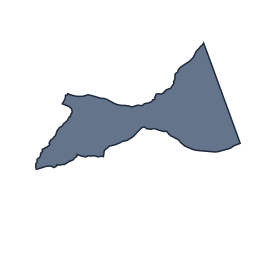 outline of Dadaab, North-Eastern, Kenya, rotated 340°
{"feature_id": "3690345B19935861804031", "entity_name": "Dadaab", "entity_type": "district", "adm_level": 2, "iso_a3": "KEN", "parent_name": "Kenya", "parent_adm1": "North-Eastern", "projection": "albers", "projection_center": [40.106, 0.062], "detail": "fine", "context": "isolated", "style": "filled", "palette": "slate", "viewbox_px": 256, "rotation_deg": 340, "n_neighbors": 0, "source": "geoboundaries", "source_scale": "gbopen_adm2", "svg_char_len": 5751}
<svg xmlns="http://www.w3.org/2000/svg" viewBox="0 0 256 256"><g transform="rotate(340 128 128)"><path d="M95.1,146.5L97.2,142.6L98.0,141.2L98.3,141.0L99.9,140.3L101.6,139.8L102.6,139.4L103.5,138.8L103.8,138.7L104.2,138.7L105.4,138.8L109.7,139.3L110.7,139.4L111.4,139.4L114.5,139.2L116.0,139.1L117.6,138.7L118.1,138.6L121.8,139.2L123.1,139.4L125.0,138.9L126.0,138.8L126.5,138.6L128.2,138.3L129.3,138.0L130.0,137.8L132.0,136.8L135.1,135.2L141.0,132.4L141.3,132.4L141.7,132.5L142.7,132.4L143.1,132.4L143.5,132.6L144.1,133.2L144.5,133.6L145.1,134.6L145.1,134.9L145.3,135.1L145.7,135.2L146.0,135.5L146.4,135.6L146.7,135.7L147.0,135.8L147.3,136.1L147.5,136.2L148.5,136.8L149.3,137.0L151.4,137.2L151.9,137.3L152.2,137.5L152.9,137.9L154.4,139.0L155.7,140.1L157.3,141.2L158.6,142.3L160.9,143.8L161.8,143.7L162.2,143.9L162.6,144.0L163.1,144.1L163.2,144.8L163.3,145.1L163.5,145.5L164.1,147.0L164.2,147.9L164.3,148.1L165.3,149.2L165.4,150.0L167.8,152.3L168.2,152.7L168.3,153.0L168.8,153.6L169.1,153.9L169.4,154.3L169.8,154.5L170.0,154.7L170.7,155.5L171.3,156.3L171.7,157.1L172.1,158.1L172.2,158.6L172.4,159.5L172.9,160.4L173.8,161.9L174.9,163.8L175.1,164.2L175.8,164.6L176.0,165.0L177.4,166.5L181.4,170.2L183.3,171.6L186.5,173.3L193.8,176.7L199.0,179.1L200.6,179.9L202.3,180.5L204.3,181.0L204.9,181.1L208.8,181.4L213.8,181.8L215.0,181.9L216.8,182.0L217.4,181.9L218.2,181.8L221.4,180.9L228.2,180.8L228.2,95.6L228.1,74.0L227.3,74.7L226.3,75.4L225.9,75.6L224.3,76.1L223.9,76.3L222.7,77.0L222.3,77.4L221.8,77.7L220.3,78.2L220.0,78.4L218.3,79.4L217.9,79.6L216.5,81.1L213.8,83.7L210.0,85.8L209.5,86.0L208.4,86.4L207.8,86.6L207.3,86.7L204.7,87.2L203.2,87.6L199.3,88.5L198.5,88.8L197.9,89.0L196.3,89.8L195.5,90.4L194.8,91.1L193.7,92.5L193.4,92.7L192.9,92.8L192.0,92.9L191.6,93.0L191.3,93.1L191.0,93.3L190.6,93.6L190.4,94.0L189.9,95.1L189.6,96.0L189.3,96.9L188.1,98.9L187.9,99.2L187.2,99.5L186.7,99.9L186.5,100.2L186.6,101.1L186.5,101.5L186.3,101.7L185.6,102.4L184.1,103.4L183.2,104.1L181.9,105.1L181.6,105.3L181.2,105.3L180.6,105.2L180.0,105.1L179.3,105.1L178.0,105.3L177.3,105.1L176.9,105.2L176.5,105.5L176.2,105.9L176.0,106.0L175.7,106.1L175.1,105.9L174.7,106.1L174.4,106.3L174.0,107.0L173.6,107.4L173.4,107.4L172.2,107.1L171.7,107.4L171.4,107.4L170.8,107.4L170.5,107.3L170.1,107.2L169.5,106.8L169.1,106.7L168.6,106.5L168.3,106.3L167.5,106.0L167.1,105.8L166.7,105.8L166.3,105.9L165.8,106.1L165.2,106.5L164.9,107.0L164.8,107.3L164.6,107.7L164.4,107.9L163.9,108.2L163.7,108.4L163.3,109.6L163.1,110.0L162.9,110.3L162.7,110.4L162.5,110.5L162.2,110.4L161.7,110.0L161.4,109.9L161.0,110.0L160.8,110.1L159.7,111.0L159.4,111.2L158.6,111.4L156.6,111.4L156.2,111.5L155.5,111.5L155.0,111.4L153.0,110.9L152.0,110.8L151.0,111.0L150.4,111.3L149.6,111.6L149.2,111.7L148.8,111.7L148.3,111.6L148.0,111.5L147.0,110.9L146.5,110.6L146.1,110.3L145.4,110.0L143.8,109.8L143.2,109.7L141.9,109.7L139.6,109.7L139.3,109.6L138.8,109.4L138.0,108.9L136.3,107.6L135.0,106.9L132.5,105.6L131.0,105.1L129.6,104.5L128.1,103.7L126.4,102.6L125.6,102.0L124.0,100.7L123.0,99.7L121.7,98.1L121.0,97.3L119.0,95.0L118.0,94.0L116.4,92.6L115.9,92.2L115.3,91.9L113.9,91.4L112.2,90.4L110.1,88.9L107.9,87.2L104.4,84.7L102.5,83.5L101.9,83.2L101.1,83.0L100.5,83.0L98.2,82.9L97.0,82.8L96.5,82.7L95.4,82.5L94.1,82.0L91.9,81.2L90.8,80.7L89.5,80.0L88.3,79.3L87.2,78.5L85.0,76.8L83.1,75.1L82.9,75.3L82.7,75.9L82.5,76.1L82.2,76.1L81.8,76.1L81.0,75.9L80.7,75.9L80.4,76.0L80.2,76.2L80.1,76.6L79.9,77.3L79.7,77.8L79.0,78.8L78.6,79.2L76.7,81.0L74.5,82.8L76.0,84.1L76.6,84.6L77.4,85.3L78.7,86.6L79.6,87.3L80.1,88.0L80.6,88.8L81.0,89.5L81.3,90.2L81.3,91.5L81.3,93.3L80.5,94.4L78.5,96.1L78.3,96.5L77.9,97.5L77.6,97.6L77.2,97.4L76.8,97.4L76.5,97.5L76.1,98.1L74.9,98.9L74.2,99.8L73.1,100.5L72.2,100.8L71.8,100.9L71.2,101.3L70.8,101.4L70.1,101.5L69.6,101.6L69.4,101.7L66.4,103.8L66.1,103.9L65.8,103.9L64.6,103.9L64.2,104.0L63.8,104.2L63.1,104.6L62.3,105.2L62.0,105.4L61.6,105.6L61.2,105.8L60.8,106.1L60.4,106.4L60.0,106.9L57.5,110.1L57.2,110.4L56.3,110.7L55.4,111.2L54.9,111.5L54.5,111.8L54.0,112.2L53.2,112.4L52.2,112.6L51.5,112.8L50.9,113.1L50.3,113.5L50.0,113.8L49.7,114.3L49.5,114.6L48.9,114.9L48.7,115.1L48.7,115.3L49.0,116.3L48.8,116.5L48.4,116.8L48.3,117.1L48.1,117.3L47.8,117.5L47.2,117.5L46.9,117.6L45.7,118.2L45.4,118.2L44.7,118.1L43.9,118.1L43.6,118.2L43.1,118.5L42.5,118.6L42.0,118.7L40.9,118.6L40.3,118.7L40.2,118.9L39.9,119.3L39.8,119.6L39.7,120.6L39.6,120.9L39.3,121.1L38.5,121.2L38.2,121.3L37.9,121.5L37.5,121.9L37.2,122.1L36.9,122.4L36.8,122.7L36.6,123.7L36.0,124.2L35.6,124.7L35.1,125.3L34.7,125.5L34.1,125.8L33.6,125.8L32.8,125.9L32.4,126.0L32.1,126.3L31.7,126.7L31.5,127.2L31.2,128.1L31.0,128.6L30.6,129.0L29.2,130.0L29.0,130.3L28.9,130.6L28.7,131.5L28.5,132.0L28.2,132.4L28.0,132.8L27.9,133.1L27.8,134.2L27.8,135.5L30.3,135.7L38.5,136.1L39.0,136.4L39.8,136.6L40.4,136.7L42.9,137.6L44.7,139.8L45.2,139.8L45.6,139.7L46.0,139.7L47.1,139.5L47.3,139.3L47.7,139.2L48.0,139.1L48.3,138.7L48.6,138.8L48.7,138.7L48.8,138.4L49.3,138.7L50.2,139.0L51.4,139.5L52.0,139.7L53.1,139.8L54.1,139.8L55.2,140.4L55.9,140.5L59.8,139.7L60.8,139.6L61.2,139.4L61.6,139.3L62.0,138.9L62.3,139.0L62.8,139.3L63.2,139.4L64.2,139.2L65.1,139.2L65.5,139.1L65.8,139.0L66.1,138.9L67.5,137.9L67.8,137.8L68.6,137.6L69.1,137.6L69.4,137.5L70.0,137.3L70.2,137.1L70.7,136.5L71.2,135.5L71.7,136.0L72.5,136.6L73.0,137.1L73.4,137.5L73.9,137.8L74.8,138.5L75.4,139.0L75.9,139.2L77.2,140.0L77.6,140.3L77.8,140.4L78.6,140.7L78.9,140.8L79.8,140.7L80.2,140.7L80.9,140.5L81.2,140.5L81.4,140.6L81.9,140.9L82.4,141.2L83.4,141.6L84.2,141.9L85.1,142.0L85.7,142.3L86.2,142.4L86.8,142.6L87.5,143.0L88.5,143.7L89.0,144.0L89.4,144.6L89.7,144.7L90.5,145.0L91.5,145.0L92.0,145.2L93.2,145.5L94.1,145.8L95.1,146.5Z" fill="#64748b" stroke="#1e293b" stroke-width="1.5"/></g></svg>